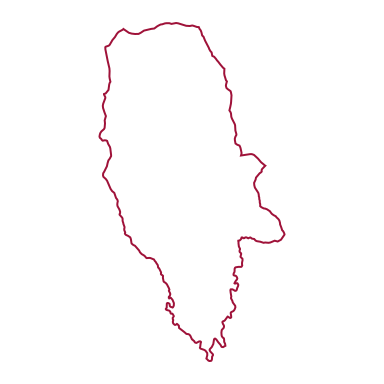 Getana, Chhukha, Bhutan (Robinson projection)
{"feature_id": "84629894B69371212515319", "entity_name": "Getana", "entity_type": "district", "adm_level": 2, "iso_a3": "BTN", "parent_name": "Bhutan", "parent_adm1": "Chhukha", "projection": "robinson", "projection_center": [89.744, 26.919], "detail": "fine", "context": "isolated", "style": "outline", "palette": "rose", "viewbox_px": 384, "rotation_deg": 0, "n_neighbors": 0, "source": "geoboundaries", "source_scale": "gbopen_adm2", "svg_char_len": 6043}
<svg xmlns="http://www.w3.org/2000/svg" viewBox="0 0 384 384"><path d="M206.4,358.6L207.2,359.3L208.3,360.5L209.3,361.0L210.9,360.9L211.4,360.6L211.7,360.0L212.0,359.0L212.1,356.7L212.3,356.3L212.9,355.4L213.0,354.9L212.9,354.3L210.3,351.5L209.8,350.6L209.6,350.1L209.7,349.5L210.0,349.0L211.8,347.0L213.3,344.0L214.0,339.6L214.2,339.1L214.6,338.7L215.1,338.6L215.6,338.9L216.4,339.6L218.3,342.3L220.4,344.7L221.5,346.7L222.0,347.0L223.0,347.1L225.4,345.8L225.1,343.8L224.2,341.9L224.1,339.5L223.9,338.4L223.5,338.0L223.0,337.8L221.9,336.4L221.6,335.3L221.4,332.7L221.7,330.3L222.0,329.7L223.6,328.0L224.0,326.8L223.9,325.5L223.0,324.0L222.7,323.2L222.4,322.2L222.5,321.8L222.9,321.4L224.3,320.8L224.9,320.3L227.6,316.6L228.0,316.7L229.5,317.7L230.1,318.0L230.9,317.7L231.2,317.3L231.2,316.8L231.1,315.6L230.8,314.0L230.7,313.0L230.9,312.5L231.5,311.9L232.4,311.6L233.4,311.0L234.1,310.3L234.8,309.0L235.4,307.3L235.2,305.8L232.8,302.5L232.3,300.7L231.1,298.5L231.0,298.0L231.3,296.5L230.6,292.3L230.4,290.2L230.7,289.4L232.2,289.3L233.0,289.6L235.0,290.8L235.7,290.8L236.4,290.4L236.8,289.6L237.2,288.0L238.1,286.0L238.3,284.9L237.7,283.6L237.4,283.3L237.0,283.2L235.0,283.6L234.5,283.3L234.7,282.7L235.9,280.7L237.0,279.4L237.3,278.4L237.0,277.4L236.4,276.4L235.6,275.7L234.4,275.6L233.7,275.2L233.5,274.8L233.7,273.4L234.5,271.9L234.6,270.7L234.6,268.9L235.1,267.7L235.8,267.3L238.2,266.9L241.1,266.9L241.7,266.5L242.2,265.5L242.0,263.9L242.1,262.2L242.5,260.6L242.5,259.0L242.3,258.5L241.7,258.1L240.5,256.8L240.6,256.3L241.2,253.9L240.9,253.1L239.9,252.2L239.6,251.7L239.6,250.3L240.0,249.3L240.0,248.8L238.9,246.6L238.8,245.9L238.5,243.5L238.5,242.0L238.3,241.4L238.3,240.7L239.7,240.4L240.4,239.8L241.0,239.1L241.6,237.5L242.0,237.4L242.7,237.6L243.2,238.2L244.4,238.1L245.3,237.4L246.5,237.4L248.2,238.3L249.7,237.6L250.5,237.5L251.9,238.6L254.2,239.0L255.6,240.6L257.0,241.2L260.2,241.7L263.6,242.8L265.2,242.5L268.5,242.8L270.3,242.5L274.7,240.7L277.7,241.5L281.0,239.7L284.5,234.6L284.3,233.5L283.6,232.0L282.9,230.9L282.2,230.3L281.2,227.2L280.1,224.4L280.0,222.9L279.4,220.7L278.9,219.8L278.3,219.0L276.3,217.1L275.8,216.3L273.7,215.2L271.9,213.9L270.5,212.2L270.2,211.5L269.4,210.9L267.0,209.3L264.9,208.5L264.0,208.5L262.9,208.0L261.4,207.2L260.2,206.2L260.2,204.1L259.8,202.8L259.7,200.4L259.3,199.3L259.2,197.3L258.8,196.2L258.8,195.1L258.5,193.6L258.2,192.7L254.9,187.6L254.3,185.3L254.1,182.9L255.6,179.6L256.0,177.6L259.6,173.3L261.3,172.1L261.7,171.5L261.6,170.1L262.2,168.9L265.3,165.7L264.4,165.1L263.7,164.4L261.1,162.3L258.0,158.6L254.1,155.0L253.2,154.6L251.7,154.1L250.3,154.1L241.0,155.5L241.5,153.7L241.5,152.6L240.6,148.4L240.2,147.1L239.5,145.6L237.2,144.7L235.5,143.5L234.9,140.3L234.8,138.7L235.4,136.7L236.4,134.9L236.3,133.8L235.4,130.6L235.1,125.3L234.7,124.0L231.9,118.5L231.3,116.8L231.0,113.5L230.6,112.3L229.4,110.4L230.2,107.2L230.9,103.8L231.1,101.9L231.5,95.3L230.9,92.1L230.5,91.1L227.7,89.1L226.5,88.0L226.1,86.7L225.9,85.7L226.1,84.3L226.9,81.4L226.0,80.3L224.5,75.4L224.2,73.5L224.4,68.7L223.1,67.8L220.4,64.6L218.2,61.7L217.0,60.4L215.9,58.8L214.2,56.8L212.3,55.9L211.6,52.4L210.4,51.1L209.3,49.2L208.8,47.8L205.1,40.7L203.5,36.7L202.2,35.5L201.4,32.2L200.7,30.4L199.5,28.8L198.8,27.1L197.0,27.0L193.2,25.7L192.2,25.5L189.8,26.0L186.2,25.8L178.1,23.3L176.1,23.0L171.5,23.9L169.3,23.2L166.4,23.2L164.9,23.4L162.2,24.3L160.6,24.5L158.8,25.4L157.2,26.3L154.3,28.5L151.2,28.9L144.0,30.6L140.7,32.8L138.6,33.9L135.0,34.0L131.7,33.6L128.9,32.8L123.4,29.0L123.1,29.5L119.0,31.7L118.0,32.5L116.7,34.1L115.0,37.0L112.4,40.1L109.7,44.8L108.7,45.7L106.0,46.6L105.5,46.9L105.3,47.4L105.4,49.4L107.7,61.0L109.4,68.3L109.6,71.0L109.4,76.5L109.7,78.6L110.4,81.8L109.6,83.1L109.2,84.6L108.5,89.9L105.7,93.4L104.0,94.0L104.0,94.6L105.3,97.1L105.3,98.1L103.2,103.7L102.8,105.9L103.1,108.1L104.5,112.4L105.9,116.1L104.7,120.3L105.0,123.4L104.6,127.9L104.0,129.1L101.3,131.5L100.2,133.3L99.7,135.2L99.5,136.7L99.9,137.8L101.3,139.0L101.7,139.8L102.4,140.5L102.8,140.7L104.3,140.3L106.0,140.4L107.1,140.9L108.2,144.0L109.9,146.9L110.3,148.4L111.1,155.0L111.1,156.1L109.7,158.7L108.4,160.4L107.6,163.1L106.9,166.3L104.2,171.7L103.2,173.3L103.0,175.3L103.4,176.8L105.8,179.0L107.1,180.8L110.6,188.9L112.1,191.1L114.3,192.9L116.0,197.9L117.3,199.6L117.8,201.2L117.4,203.1L117.3,204.9L117.6,206.3L119.4,209.5L120.1,211.6L120.1,213.1L119.6,214.1L119.6,214.7L122.2,217.7L122.6,218.8L122.6,220.9L122.9,221.9L123.3,223.1L123.4,223.9L124.5,226.9L124.5,227.9L124.2,228.9L124.3,230.2L125.2,232.4L124.9,233.5L125.1,234.0L125.8,234.8L128.1,235.9L129.9,237.1L130.3,237.5L130.9,239.2L131.5,243.2L131.7,243.6L133.2,244.9L135.0,245.8L139.1,250.5L140.0,252.3L141.7,254.1L143.8,255.3L145.0,256.3L146.2,257.8L146.7,258.1L149.3,257.9L150.3,258.0L154.0,259.5L154.7,260.8L156.0,262.3L156.4,263.2L157.6,264.8L157.9,265.8L158.1,267.3L158.3,267.7L159.1,268.3L161.0,272.2L161.1,272.8L160.9,273.9L161.1,274.4L162.7,275.5L163.0,275.9L162.9,277.9L163.6,281.4L163.9,281.8L165.6,282.9L166.9,284.3L168.9,288.2L169.4,289.7L168.9,290.7L169.0,291.1L170.0,293.0L170.3,294.1L169.8,295.9L168.9,296.7L168.8,297.2L168.8,297.9L169.2,298.4L170.3,297.8L170.9,297.9L172.5,299.8L173.8,302.9L173.9,303.5L173.8,305.5L173.5,306.3L172.9,307.3L172.6,307.5L170.6,306.8L170.1,306.4L169.8,305.9L169.6,304.1L169.4,303.7L168.0,303.0L167.5,303.0L166.9,303.4L166.8,304.0L166.7,307.8L166.0,308.6L165.8,309.0L166.1,309.6L166.8,310.0L169.1,310.6L169.7,311.0L170.4,312.0L170.4,312.7L170.8,313.5L171.2,313.7L172.3,313.7L172.8,314.2L173.7,315.8L173.8,316.2L172.7,318.0L172.9,319.6L173.2,319.9L173.2,320.3L172.8,321.9L173.2,323.4L174.2,324.4L174.9,324.9L175.3,324.9L175.9,324.7L176.9,323.9L177.3,324.1L178.8,325.6L179.1,328.0L184.5,332.2L186.4,333.9L188.6,334.2L189.4,334.7L190.3,335.7L192.0,339.4L192.6,339.6L193.0,340.2L194.2,341.1L194.8,342.3L195.5,342.7L196.4,342.9L199.2,341.4L200.3,341.4L200.8,341.7L201.0,342.1L200.6,343.5L200.2,346.8L199.9,347.8L200.5,348.6L204.0,349.8L205.4,350.6L207.2,353.0L207.3,355.1L206.4,358.6Z" fill="none" stroke="#9f1239" stroke-width="2"/></svg>